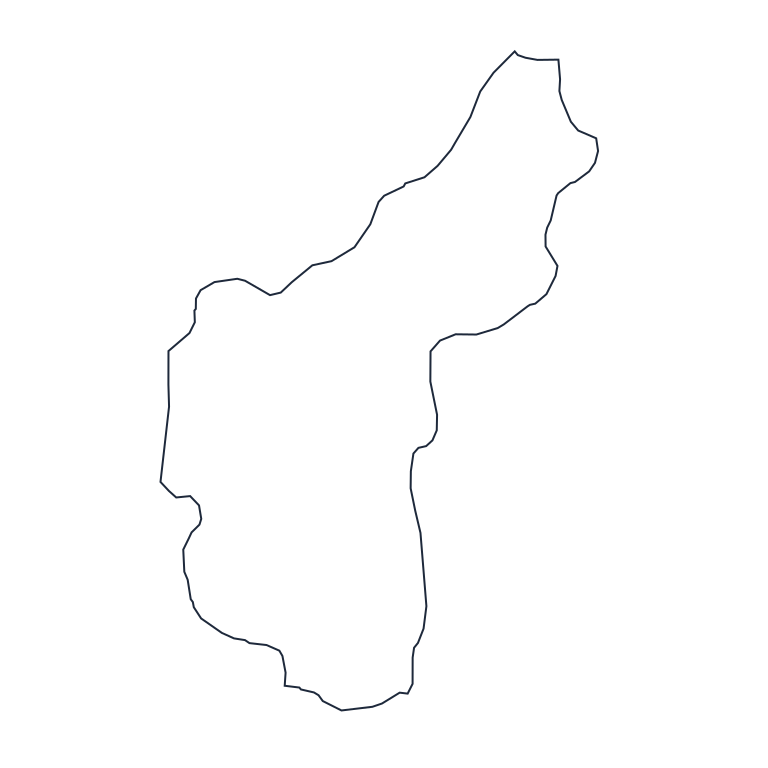 Mixco, Guatemala (Equal Earth projection), rotated 356°
{"feature_id": "79465075B33293515878982", "entity_name": "Mixco", "entity_type": "district", "adm_level": 2, "iso_a3": "GTM", "parent_name": "Guatemala", "parent_adm1": "", "projection": "equal_earth", "projection_center": [-90.581, 14.643], "detail": "fine", "context": "isolated", "style": "outline", "palette": "slate", "viewbox_px": 768, "rotation_deg": 356, "n_neighbors": 0, "source": "geoboundaries", "source_scale": "gbopen_adm2", "svg_char_len": 1561}
<svg xmlns="http://www.w3.org/2000/svg" viewBox="0 0 768 768"><g transform="rotate(356 384 384)"><path d="M580.6,72.6L559.7,71.4L547.9,68.4L540.4,65.2L537.6,61.3L515.0,81.1L500.4,98.9L488.8,123.7L471.6,148.6L467.3,155.0L452.7,170.1L438.8,180.6L419.2,185.4L417.4,188.3L397.3,196.2L391.3,202.0L381.5,223.7L364.1,245.5L340.2,257.8L320.8,260.6L299.0,276.1L287.4,285.6L276.5,287.4L252.6,271.3L245.0,268.8L222.0,270.5L207.6,277.6L202.4,285.6L201.5,296.0L200.0,297.5L199.6,309.2L193.5,319.6L171.3,336.1L168.9,369.5L168.0,391.6L154.2,466.1L162.0,475.7L168.8,482.7L182.8,482.3L191.0,492.2L192.3,505.8L190.1,511.4L181.7,518.6L178.6,524.2L172.2,535.2L171.7,557.4L174.5,565.6L176.2,585.2L178.1,588.2L178.7,593.4L185.2,605.1L204.9,621.0L216.6,627.3L227.5,629.8L231.7,633.1L248.6,636.2L261.0,642.7L263.7,648.2L265.7,665.1L263.9,678.1L278.4,680.9L279.8,682.9L292.6,686.8L297.0,689.9L300.8,696.0L318.8,706.7L349.9,705.2L359.7,702.6L378.1,693.0L386.0,694.5L391.6,685.1L393.5,658.9L395.6,649.2L399.8,644.7L406.4,630.8L410.8,608.6L410.0,535.1L406.3,512.5L403.3,489.9L404.7,472.9L408.5,455.4L413.9,450.1L421.7,448.9L428.4,443.6L433.4,433.9L434.8,418.4L430.4,384.8L432.7,354.7L442.9,344.6L458.9,339.4L479.6,341.1L501.4,336.1L507.7,332.9L532.7,316.5L535.1,315.2L540.5,314.4L552.3,305.7L562.7,288.2L565.3,278.3L554.8,258.1L555.5,246.3L557.7,239.4L561.7,232.5L569.3,208.0L571.1,205.7L584.0,196.6L588.6,195.8L603.5,186.2L609.9,178.1L613.8,166.5L612.8,153.7L595.4,144.7L588.7,135.4L581.1,113.0L579.4,104.0L580.9,92.3L580.6,72.6Z" fill="none" stroke="#1e293b" stroke-width="2"/></g></svg>